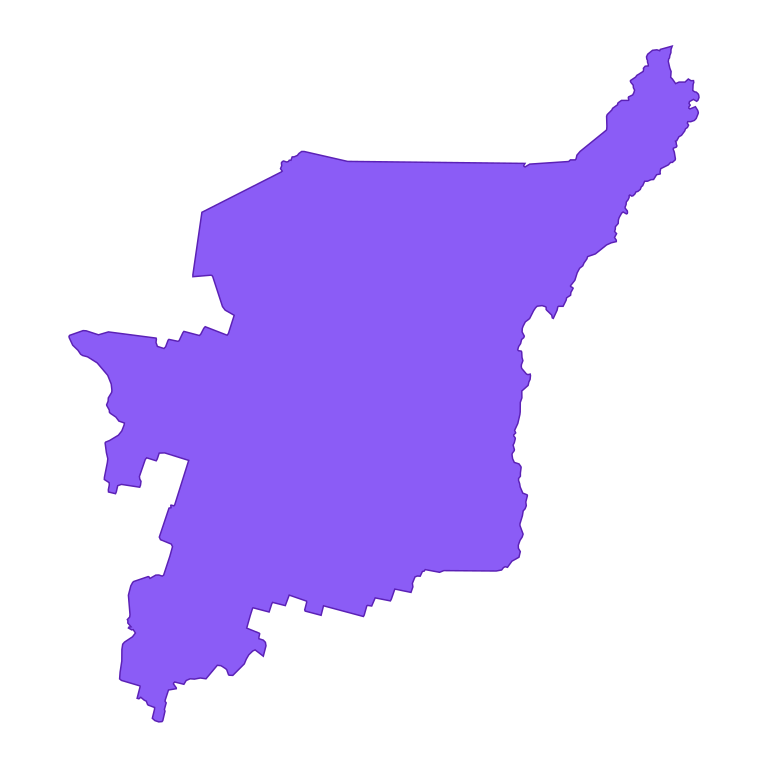 map outline of Komi (Albers equal-area conic projection)
{"feature_id": "RUS-2383", "entity_name": "Komi", "entity_type": "Republic", "adm_level": 1, "iso_a3": "RUS", "parent_name": "Russia", "parent_adm1": "", "projection": "albers", "projection_center": [57.661, 63.82], "detail": "fine", "context": "isolated", "style": "filled", "palette": "violet", "viewbox_px": 768, "rotation_deg": 0, "n_neighbors": 0, "source": "natural_earth", "source_scale": "10m", "svg_char_len": 6066}
<svg xmlns="http://www.w3.org/2000/svg" viewBox="0 0 768 768"><path d="M523.1,534.1L522.2,537.0L520.0,540.4L518.3,545.2L518.4,548.3L520.3,551.6L519.0,557.2L511.9,561.2L507.5,567.3L505.1,566.7L503.5,567.6L501.6,570.0L496.2,571.0L443.8,570.6L439.6,572.3L425.2,569.6L424.2,571.1L422.4,571.5L420.2,576.2L417.4,576.0L415.0,576.9L412.4,583.3L412.9,586.9L411.0,592.4L394.8,589.1L391.4,599.0L390.4,600.9L375.2,597.9L371.7,606.0L367.6,605.4L366.8,605.9L364.2,615.1L363.4,616.5L323.5,605.8L321.1,615.3L305.2,611.1L304.7,609.9L306.7,602.2L306.5,601.1L289.2,595.1L285.3,605.6L272.6,602.4L271.8,603.7L269.1,612.0L253.1,607.8L252.6,608.2L250.3,615.4L246.7,628.1L259.3,633.2L259.7,633.8L258.9,637.3L258.9,638.7L263.3,640.1L265.4,642.3L266.0,645.8L263.3,656.2L255.1,649.9L252.6,651.1L248.8,654.8L246.3,659.1L244.3,663.9L232.8,675.4L229.1,675.2L228.5,674.7L226.7,669.7L225.5,668.6L221.0,665.7L217.3,665.3L206.0,678.8L200.3,678.0L194.5,679.1L190.1,678.8L186.2,680.5L183.9,684.3L174.7,682.0L173.6,683.1L173.5,684.0L176.3,687.9L176.3,688.7L168.5,690.0L165.2,700.1L165.1,701.4L166.2,702.9L164.4,709.4L165.0,711.2L162.8,720.6L162.0,721.6L158.8,721.9L154.9,720.6L152.3,718.3L154.5,709.4L154.6,707.5L148.4,705.2L147.6,704.6L146.3,701.2L144.1,700.1L140.8,697.3L138.9,698.8L137.1,698.3L140.1,686.7L139.9,685.9L121.4,680.4L119.6,678.9L120.1,672.2L121.8,661.0L121.9,649.4L122.7,644.2L124.5,642.1L132.5,636.8L135.4,633.0L133.2,629.6L131.7,629.9L128.4,628.0L128.9,627.1L131.0,626.8L127.8,623.0L127.9,620.6L127.3,619.6L129.7,617.0L130.0,614.6L128.4,595.2L130.8,585.9L132.7,582.4L133.7,581.5L148.1,576.6L148.8,576.7L150.0,578.4L155.8,575.1L158.8,575.0L162.2,576.1L163.6,575.2L169.9,556.1L172.5,546.7L171.3,544.1L160.5,539.7L159.3,537.1L169.0,508.1L171.0,507.7L170.8,505.3L171.1,505.1L173.9,505.8L174.7,504.9L188.7,460.4L164.7,452.9L159.2,453.1L157.2,459.1L156.2,460.8L146.7,457.8L145.3,459.4L139.4,476.5L139.8,479.2L141.0,481.3L140.5,485.2L139.7,487.2L121.4,484.4L117.7,485.7L116.3,491.9L115.5,493.7L108.5,492.0L108.3,489.9L109.3,484.9L109.1,482.6L104.3,479.5L104.4,477.4L107.4,462.3L107.8,458.7L106.4,452.7L105.1,443.0L105.6,442.1L109.6,440.5L118.4,435.2L121.8,430.9L124.1,425.0L124.4,423.0L118.9,421.1L115.9,417.1L110.3,413.3L109.4,412.2L109.3,410.1L106.8,405.6L106.6,404.8L108.1,401.2L108.3,397.9L111.7,392.3L111.9,390.1L111.2,384.0L107.7,375.3L97.2,362.9L87.5,356.8L82.6,355.5L80.6,354.2L78.0,350.3L72.7,345.2L69.2,337.7L69.0,336.3L69.7,335.3L83.1,330.6L86.2,330.8L98.5,334.8L108.4,331.9L156.1,338.1L156.4,339.1L156.0,342.5L157.4,346.4L164.0,348.5L165.6,346.8L168.1,340.2L168.9,339.4L177.9,341.3L179.1,340.7L182.9,332.7L183.9,331.4L199.4,335.5L200.8,334.1L203.8,328.3L205.2,326.7L227.1,335.2L228.4,333.5L234.2,315.3L225.1,310.1L222.5,306.6L212.8,276.8L212.0,275.5L210.8,275.2L192.9,276.7L192.9,274.6L201.9,212.3L281.0,172.1L282.2,171.1L280.5,168.7L281.7,165.8L281.4,162.9L282.4,161.5L283.6,161.0L286.7,162.0L288.4,161.5L289.3,160.2L290.9,160.3L292.2,156.9L294.2,156.8L297.4,155.4L298.9,153.5L301.6,151.5L304.2,151.5L347.6,161.4L525.0,163.4L523.7,165.7L524.1,166.5L525.1,166.9L529.8,164.1L568.7,161.5L570.4,159.9L575.2,159.9L576.1,158.8L576.9,155.2L580.1,151.4L606.4,130.1L606.7,129.2L606.9,126.5L606.6,116.3L607.2,114.6L611.8,110.0L612.6,108.3L617.6,104.7L617.8,103.2L618.4,102.6L621.5,100.4L628.4,100.4L628.8,99.9L628.3,97.8L628.6,96.9L632.7,94.9L633.9,92.6L634.6,90.1L633.4,87.8L633.2,85.2L630.9,82.4L630.4,81.3L630.5,80.5L635.6,77.1L636.8,75.4L643.2,71.4L643.6,69.5L643.4,68.3L645.2,66.2L648.3,65.9L648.2,64.2L647.5,62.1L647.5,60.3L646.8,59.0L646.5,56.8L647.7,54.2L652.5,50.3L656.9,49.8L659.7,50.7L660.3,49.4L672.2,46.1L671.0,49.5L670.9,52.7L669.8,55.6L669.5,57.9L668.7,59.0L668.3,61.4L669.8,68.1L671.1,71.5L670.7,77.3L672.4,79.0L675.6,83.6L679.0,82.1L685.0,82.1L688.3,79.0L691.0,80.7L693.5,80.6L693.8,82.4L693.1,84.4L692.8,90.5L694.6,91.8L696.4,92.2L698.3,94.1L698.7,95.1L699.0,97.5L697.9,100.3L696.7,101.3L693.4,99.4L689.5,101.6L689.0,103.5L690.2,105.1L688.9,106.9L688.8,108.1L690.0,108.9L695.4,106.7L697.7,110.4L698.3,112.4L698.2,113.5L696.2,118.5L694.4,120.4L690.8,121.7L687.8,121.6L687.3,123.1L688.6,125.1L687.4,127.5L685.5,128.8L684.7,131.0L681.5,135.3L678.9,136.8L676.7,140.8L675.5,141.2L676.2,142.7L676.3,144.3L676.8,145.4L676.8,146.2L676.3,147.1L673.4,148.2L673.2,149.2L674.3,152.1L675.4,158.9L675.2,159.9L672.4,162.4L670.6,162.4L668.3,164.9L660.7,168.7L660.0,172.2L660.3,173.3L660.1,174.0L656.6,174.7L653.6,179.5L650.9,179.7L647.6,181.2L644.6,181.3L642.7,185.7L641.3,186.8L640.3,189.4L637.9,191.4L636.0,191.9L634.8,194.1L633.0,195.8L631.7,196.1L629.9,195.0L629.2,195.5L629.1,197.6L628.0,199.9L626.3,202.0L626.1,204.6L625.1,207.1L625.2,208.2L627.3,210.9L627.5,212.3L627.3,213.5L626.4,213.9L623.1,212.0L621.6,213.2L619.2,217.5L618.4,220.0L618.2,223.5L615.4,226.7L615.3,229.3L614.6,231.4L616.6,233.7L614.5,237.4L616.3,240.2L616.3,241.6L611.3,242.8L606.6,244.9L595.4,253.9L587.6,256.6L586.9,258.9L584.0,263.0L582.8,265.8L579.6,268.3L577.2,272.8L574.9,280.2L570.5,285.8L570.6,286.5L572.8,287.7L573.1,288.4L570.9,292.4L570.6,295.2L566.6,297.8L566.1,300.3L563.1,306.3L558.5,306.3L557.8,306.9L557.1,310.2L553.3,318.4L552.3,317.9L551.7,315.1L546.6,310.1L546.1,309.3L546.2,307.6L545.7,306.8L542.1,305.6L537.2,306.2L535.6,307.7L533.6,310.7L529.6,318.6L525.3,321.9L523.1,326.2L522.3,328.4L522.1,331.9L524.3,336.1L523.8,337.6L521.6,339.5L520.6,343.6L518.6,346.6L517.7,349.7L518.5,350.7L521.2,351.1L521.7,352.0L522.0,357.4L522.9,360.7L521.4,364.7L521.3,366.8L521.7,368.4L526.5,374.1L528.0,374.6L530.2,374.1L530.5,375.6L530.1,379.4L528.9,381.9L528.1,385.4L521.8,391.0L521.9,397.9L520.3,402.4L520.2,411.9L519.9,414.5L517.8,423.5L514.6,430.4L515.7,432.9L513.7,434.9L513.7,435.9L515.1,437.7L515.3,438.6L514.3,442.7L513.1,445.1L514.4,449.6L514.2,450.7L512.3,453.3L512.0,454.6L512.6,458.7L514.3,462.4L519.0,463.9L520.9,466.6L521.1,467.6L520.4,473.0L520.4,476.2L518.6,478.5L518.6,480.6L519.6,483.5L520.2,487.0L522.8,493.1L527.1,494.8L527.4,495.7L525.8,502.0L526.3,505.7L525.1,508.8L523.2,510.9L522.4,515.8L519.9,524.0L520.0,525.7L523.1,534.1Z" fill="#8b5cf6" stroke="#5b21b6" stroke-width="1.5"/></svg>